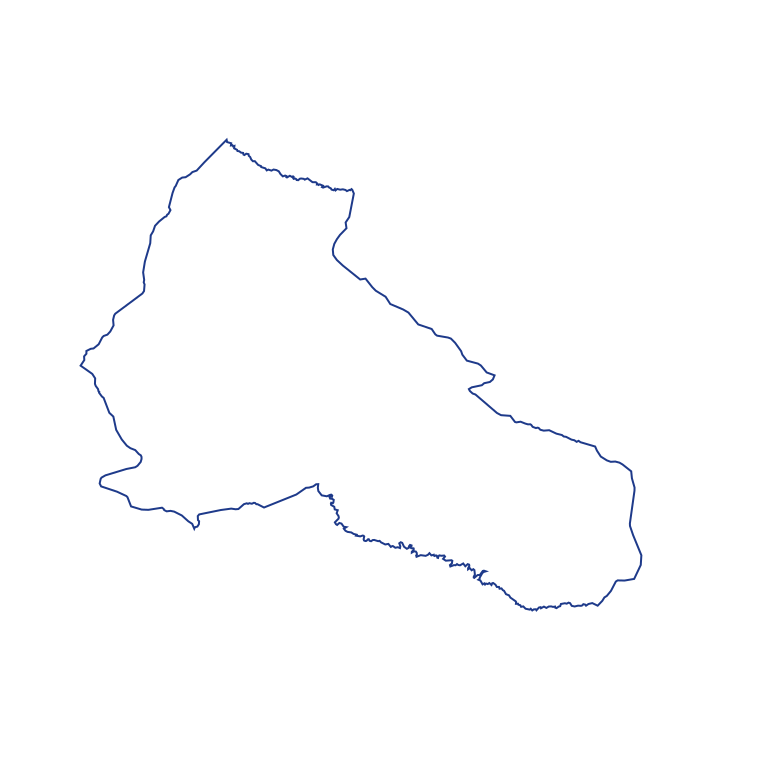 Befale, Équateur, Democratic Republic of the Congo, rotated 16°
{"feature_id": "63176286B4133354906354", "entity_name": "Befale", "entity_type": "district", "adm_level": 2, "iso_a3": "COD", "parent_name": "Democratic Republic of the Congo", "parent_adm1": "Équateur", "projection": "orthographic", "projection_center": [21.248, 0.596], "detail": "fine", "context": "isolated", "style": "outline", "palette": "blue", "viewbox_px": 768, "rotation_deg": 16, "n_neighbors": 0, "source": "geoboundaries", "source_scale": "gbopen_adm2", "svg_char_len": 6156}
<svg xmlns="http://www.w3.org/2000/svg" viewBox="0 0 768 768"><g transform="rotate(16 384 384)"><path d="M87.3,450.0L100.8,454.7L104.8,458.2L106.1,463.5L107.4,465.3L110.5,467.7L111.6,469.7L112.5,470.1L112.5,470.9L116.3,473.8L118.3,474.6L127.9,487.4L132.8,489.9L139.2,501.9L147.2,509.6L153.8,514.2L157.9,515.6L163.1,516.1L167.6,518.9L169.9,519.6L171.0,520.9L171.6,522.9L171.6,526.0L169.6,530.6L167.8,532.6L159.8,536.7L141.4,548.6L138.3,551.8L137.8,553.2L138.0,556.5L138.1,558.0L140.3,560.4L157.0,561.1L167.2,562.7L168.6,563.5L174.6,571.4L185.7,571.5L192.2,569.9L204.7,564.1L206.6,564.8L207.5,565.8L210.2,566.3L213.7,564.8L217.5,564.5L225.9,566.1L233.7,569.9L238.2,571.3L241.5,575.4L241.7,573.8L243.9,572.5L244.7,569.8L244.1,566.9L242.7,566.1L241.4,562.3L242.3,560.3L261.9,550.1L271.5,545.9L275.9,545.3L278.5,544.3L282.5,538.1L285.0,536.5L286.3,536.7L287.4,535.7L290.0,535.5L291.6,534.1L292.8,533.9L294.4,534.7L295.6,534.4L302.7,535.8L330.2,514.4L337.6,505.3L340.6,504.2L344.2,501.9L346.4,499.1L348.4,498.4L349.0,502.0L350.4,505.0L354.8,508.2L360.0,507.7L362.9,505.3L363.9,504.9L365.0,505.5L365.0,506.7L362.9,506.7L362.5,507.3L363.8,509.0L366.0,508.7L367.6,509.2L368.0,511.9L367.7,512.7L366.0,512.7L365.9,513.6L366.6,514.9L370.0,515.7L371.2,518.1L374.3,518.1L374.1,521.3L376.7,523.5L377.4,524.9L377.4,526.0L374.9,530.5L376.5,532.0L377.8,532.4L379.4,529.9L381.6,529.9L384.6,532.3L387.2,532.0L385.3,534.2L387.4,535.7L389.7,536.2L393.5,535.7L396.1,536.5L399.2,536.4L398.9,537.5L403.2,537.0L405.2,535.6L406.2,535.5L407.0,536.0L407.2,538.8L407.9,539.9L409.3,540.1L410.4,539.6L411.4,537.7L412.1,537.4L413.4,538.7L414.9,538.7L416.2,537.1L417.6,536.6L421.7,536.7L423.0,536.0L424.7,537.0L429.4,537.9L432.3,536.5L435.5,538.7L436.6,537.5L437.5,537.4L440.0,538.3L442.3,537.1L444.6,537.3L444.4,535.4L442.6,532.9L443.7,531.5L445.3,531.7L448.1,534.9L451.4,536.1L452.8,534.8L452.8,532.9L453.4,531.5L455.0,531.6L455.1,532.2L454.1,533.1L454.2,533.9L455.6,534.3L457.7,533.8L458.0,534.2L458.2,535.3L457.0,537.6L457.2,538.4L458.9,536.6L460.8,536.3L461.9,537.2L462.6,538.7L462.2,540.0L462.9,541.1L466.5,538.4L471.4,537.7L473.3,536.1L474.3,534.1L476.8,535.7L478.9,534.4L479.3,535.2L480.1,535.4L481.2,534.4L482.1,534.5L483.2,536.3L483.9,536.3L483.8,534.7L484.4,533.5L486.5,533.3L489.1,532.3L490.2,533.1L489.0,535.8L492.1,536.8L497.5,534.8L498.4,535.1L498.7,537.7L497.3,539.9L498.1,541.1L501.2,538.8L502.8,538.5L503.8,537.0L505.3,537.5L507.1,537.3L509.6,534.7L512.4,536.8L514.1,534.1L515.6,534.2L516.2,535.4L515.6,537.9L515.9,538.9L517.1,537.3L519.6,538.9L520.9,537.4L522.2,538.0L523.9,542.1L523.4,544.4L523.6,545.3L524.2,545.5L526.6,541.9L528.8,541.1L530.5,536.5L531.5,535.9L533.5,536.0L531.5,537.3L530.6,538.8L529.4,543.7L529.6,545.0L528.7,546.1L530.9,546.4L534.0,549.4L535.4,548.0L536.4,548.9L537.1,547.7L538.9,547.7L540.1,546.3L542.7,547.6L543.0,545.6L543.8,545.2L546.5,546.2L548.4,548.0L550.5,547.4L551.5,548.9L553.3,548.1L555.0,549.4L556.4,549.7L559.2,552.4L562.4,552.7L564.4,554.5L570.5,556.6L571.1,557.2L571.4,558.9L573.4,558.3L574.0,559.1L576.0,559.1L577.2,560.4L579.2,559.4L582.0,561.0L586.3,560.7L587.0,559.6L588.9,560.8L590.2,559.3L592.0,558.7L592.9,559.5L594.6,556.1L596.0,555.4L596.7,556.3L599.1,553.9L601.8,554.5L603.7,552.5L606.0,551.7L607.9,551.7L609.8,550.8L610.3,551.8L611.6,551.9L613.3,549.8L614.6,549.0L614.7,546.7L618.3,544.9L620.2,544.8L621.7,543.3L623.3,543.4L625.6,545.5L628.6,545.3L631.6,543.6L634.6,542.9L635.7,542.1L636.3,540.7L638.2,540.6L639.3,541.4L641.2,539.1L644.6,537.2L650.5,538.2L653.6,532.3L654.7,528.4L656.6,526.3L659.2,520.3L661.3,510.0L662.7,508.4L669.5,506.6L678.2,502.4L680.7,487.2L678.6,477.7L665.1,460.6L659.6,452.7L658.8,450.3L654.2,417.6L653.4,414.5L648.3,406.3L645.7,399.8L635.5,395.6L632.0,394.7L627.7,394.8L623.4,396.3L619.3,396.0L612.4,394.0L607.0,389.3L604.2,385.9L588.9,385.8L586.7,385.0L585.1,386.5L582.5,385.6L579.6,385.8L573.6,384.6L571.2,384.9L569.1,384.0L563.4,384.2L555.5,382.9L550.4,384.8L546.9,384.9L544.7,383.6L543.5,383.7L542.2,384.5L538.7,384.2L536.8,382.7L535.7,382.4L533.5,383.1L530.7,383.1L525.7,382.6L521.8,384.4L520.4,384.4L514.2,379.8L505.1,381.7L500.5,380.7L474.8,368.9L471.8,368.7L468.4,367.0L467.0,365.5L469.3,363.0L478.4,358.2L480.1,355.6L485.2,352.9L487.4,349.6L487.9,345.2L479.5,344.6L472.0,339.5L468.7,338.5L457.2,338.7L451.2,334.2L449.1,331.2L441.0,324.8L435.8,321.9L432.7,321.7L421.7,322.9L419.6,322.1L414.7,318.0L400.5,317.3L387.8,308.6L381.9,307.1L368.0,305.4L361.5,299.7L350.4,296.6L346.1,294.2L337.2,287.8L332.3,290.1L311.8,281.5L304.5,277.8L299.7,274.0L297.7,268.8L297.6,263.0L298.8,257.8L300.6,252.8L305.0,244.6L302.6,239.3L304.6,233.1L302.5,209.2L299.9,206.0L299.0,205.6L298.2,207.0L297.4,206.9L295.2,208.8L293.5,208.1L290.8,208.2L288.3,209.3L285.3,209.4L284.1,211.2L283.0,210.0L282.3,211.6L280.0,211.6L279.0,210.6L276.9,210.2L275.9,209.5L274.4,209.8L271.3,212.0L270.1,211.8L270.7,210.2L267.2,209.8L266.2,210.7L265.7,210.3L264.5,210.7L264.4,209.6L262.8,208.8L259.6,209.7L253.8,207.4L251.5,209.4L250.4,208.9L247.7,209.3L246.5,209.9L245.4,211.7L243.8,212.0L243.3,211.3L242.0,211.0L240.6,211.7L239.6,210.8L240.2,210.3L240.0,209.7L239.3,209.5L238.7,210.4L236.1,209.8L233.8,212.2L233.1,212.1L232.9,211.0L231.5,210.9L229.5,212.3L226.6,210.7L224.3,208.6L221.6,208.0L218.7,208.3L217.0,209.9L213.7,209.8L212.4,211.0L210.5,209.4L206.2,209.3L205.8,208.5L202.6,208.1L198.4,205.4L196.6,206.0L194.5,204.8L192.8,202.7L191.1,201.9L190.4,200.4L188.1,200.6L186.7,202.4L185.7,202.2L184.9,200.7L182.7,201.0L180.8,200.2L178.9,200.4L178.2,199.4L175.0,198.8L174.6,196.4L173.5,197.2L172.5,196.2L171.1,196.9L170.8,194.7L166.5,194.7L165.4,192.6L150.2,220.4L145.1,230.5L141.4,233.1L139.8,235.9L136.3,239.9L133.1,241.2L130.1,244.6L129.2,251.1L128.5,252.7L128.1,258.6L128.5,273.3L130.8,275.7L129.9,279.8L128.9,281.0L128.6,282.8L127.1,283.9L123.0,289.8L120.3,295.0L120.0,300.9L118.8,305.4L120.5,313.1L120.4,332.2L121.7,343.1L124.8,350.1L125.0,352.5L126.4,354.3L127.7,360.8L126.8,363.6L106.3,390.5L105.7,392.5L105.9,397.0L107.9,402.2L106.4,409.0L104.5,412.8L101.3,415.1L100.3,416.9L98.8,424.4L95.0,429.9L92.4,431.0L88.8,434.3L89.6,436.9L88.1,440.1L89.3,443.6L87.3,450.0Z" fill="none" stroke="#1e3a8a" stroke-width="2"/></g></svg>